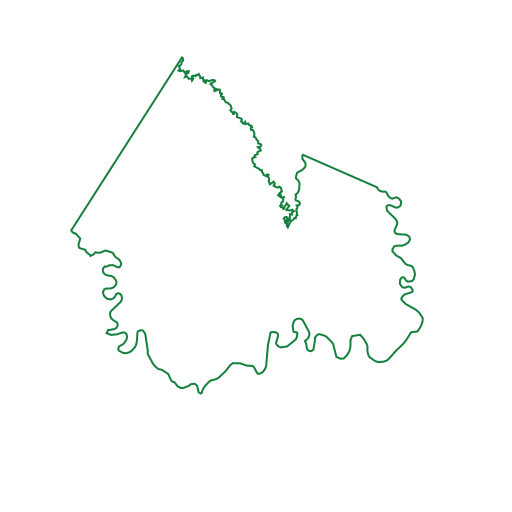 Cabuyaro, Meta, Colombia (Albers equal-area conic projection), rotated 24°
{"feature_id": "7082276B93566761030806", "entity_name": "Cabuyaro", "entity_type": "district", "adm_level": 2, "iso_a3": "COL", "parent_name": "Colombia", "parent_adm1": "Meta", "projection": "albers", "projection_center": [-72.967, 4.313], "detail": "fine", "context": "isolated", "style": "outline", "palette": "green", "viewbox_px": 512, "rotation_deg": 24, "n_neighbors": 0, "source": "geoboundaries", "source_scale": "gbopen_adm2", "svg_char_len": 6154}
<svg xmlns="http://www.w3.org/2000/svg" viewBox="0 0 512 512"><g transform="rotate(24 256 256)"><path d="M76.8,307.8L78.7,308.9L80.7,309.2L81.8,308.7L88.4,311.6L89.1,317.6L90.2,319.5L91.5,320.5L97.4,319.8L99.8,321.6L103.8,322.5L104.7,323.3L106.9,320.8L107.7,318.0L110.2,317.4L112.8,315.9L116.2,312.2L123.6,311.3L127.8,314.0L132.3,314.9L134.3,316.1L135.8,317.6L136.3,319.1L135.8,321.9L134.0,322.6L128.9,322.5L125.3,324.5L124.7,325.6L123.2,326.9L122.2,327.0L121.7,328.1L121.4,330.2L122.0,331.7L123.7,333.5L126.2,334.3L130.3,333.7L132.0,333.0L135.1,333.5L138.1,335.3L139.3,336.7L139.7,339.4L138.8,342.2L137.0,344.4L131.9,347.0L130.9,348.4L130.9,351.2L132.8,353.8L135.3,355.1L137.9,355.6L140.9,354.8L142.7,353.1L143.7,350.6L143.8,347.4L145.4,345.9L148.5,346.2L150.4,348.3L151.2,350.6L150.9,353.2L146.0,365.3L145.8,367.1L147.1,369.9L149.0,371.8L151.3,372.6L156.0,373.2L157.3,374.4L157.9,376.1L157.7,378.5L156.4,380.3L151.8,383.5L151.1,383.5L150.9,387.2L155.6,387.1L160.8,384.1L165.5,379.9L167.1,379.4L169.2,379.8L171.0,381.9L171.7,384.9L170.9,390.0L167.7,394.3L167.8,396.3L168.3,397.6L169.2,398.2L173.7,398.6L176.4,397.9L179.5,395.5L181.0,393.0L182.4,388.9L182.6,385.8L181.5,381.1L178.9,374.5L178.8,372.9L180.8,370.7L182.8,370.1L185.7,371.6L187.3,373.4L195.2,385.8L196.9,389.5L205.5,396.2L208.2,397.6L212.6,399.0L216.2,398.3L223.6,399.4L229.2,404.2L230.7,404.8L232.9,404.5L237.9,407.2L239.3,406.8L240.7,407.3L243.6,405.9L247.6,401.7L248.4,399.8L252.0,397.6L254.9,398.5L258.9,403.8L261.3,404.1L262.1,403.4L261.6,399.4L262.5,394.8L264.4,389.6L265.6,387.9L269.2,385.1L271.2,382.7L274.9,374.0L277.0,365.9L278.4,363.4L285.1,360.5L292.2,359.9L297.5,357.8L299.0,358.1L304.4,362.3L305.8,362.8L307.5,361.8L309.3,359.4L310.2,355.8L310.1,352.6L303.0,332.0L300.5,320.2L301.1,319.2L304.0,317.9L306.3,317.7L307.5,318.2L308.7,320.2L309.7,327.5L311.2,328.7L313.4,329.5L316.0,329.3L321.3,325.9L326.3,315.9L326.3,313.7L325.3,309.8L324.1,309.2L322.4,309.9L320.9,309.8L317.8,304.7L317.2,300.5L317.5,298.8L318.8,297.0L321.1,295.5L323.3,295.2L324.9,295.7L335.3,303.7L336.4,305.2L337.1,308.0L336.8,310.5L335.3,313.9L337.1,315.2L340.3,320.1L342.4,321.1L345.2,320.5L346.5,318.1L343.9,308.2L343.0,306.8L344.0,303.1L345.8,301.6L351.0,300.9L353.2,301.1L360.4,303.9L362.5,305.3L370.5,315.5L374.8,315.5L377.8,314.0L379.4,309.8L380.0,304.7L379.2,300.6L376.6,294.5L376.4,290.1L383.2,285.6L388.0,287.8L392.6,291.1L394.6,293.2L396.6,297.8L398.8,300.6L400.9,302.2L407.1,303.5L411.0,303.2L415.5,300.6L417.6,298.7L419.0,296.5L422.3,286.0L426.3,276.1L427.5,271.5L428.6,263.1L429.1,262.3L434.2,259.3L435.2,253.4L434.9,248.6L433.6,244.9L428.2,241.4L423.9,240.1L412.4,239.0L406.8,236.9L406.1,235.8L406.1,234.1L407.3,230.8L413.0,225.7L413.4,224.4L412.9,223.3L410.4,221.6L408.9,221.5L407.6,221.9L405.0,224.4L402.9,225.0L401.4,224.6L398.6,222.7L397.3,218.7L397.7,216.7L399.2,215.4L400.4,215.5L403.0,217.3L405.2,217.7L408.8,215.4L409.5,213.1L408.9,208.5L406.9,205.4L403.6,202.3L401.8,201.9L398.1,202.6L395.7,202.4L389.3,199.0L383.8,198.5L378.7,196.2L377.9,194.1L378.4,190.9L381.7,188.6L385.2,187.2L387.2,185.3L389.7,181.8L390.0,178.3L388.3,176.1L384.7,175.4L376.3,178.5L373.8,178.4L372.2,176.8L371.9,169.2L370.9,167.2L368.1,165.3L357.6,161.4L356.6,160.4L355.0,157.5L356.0,155.8L358.4,154.9L364.1,155.0L365.8,154.0L367.5,151.6L367.1,148.6L366.0,146.9L363.5,145.5L360.5,145.2L357.2,148.2L355.8,148.4L353.2,147.8L348.8,144.7L347.3,144.8L345.0,145.9L342.2,146.1L339.9,145.2L338.6,144.0L257.7,144.5L257.6,145.6L258.9,148.4L263.2,150.8L264.6,153.4L264.5,155.5L263.1,158.8L259.6,163.2L260.4,167.9L261.0,168.8L264.1,169.9L266.3,171.9L268.5,178.2L268.4,181.4L267.2,184.0L268.4,185.2L269.1,188.6L269.9,189.0L273.1,188.7L274.8,190.1L274.7,191.9L272.6,193.4L273.9,194.3L274.2,195.4L273.8,196.7L275.0,199.0L275.8,199.5L276.2,201.2L277.2,201.9L276.5,203.1L276.9,205.4L275.7,205.6L275.3,207.6L273.5,210.3L273.4,216.9L272.0,216.1L271.6,214.0L270.1,214.2L269.3,213.7L269.4,212.8L271.3,211.7L271.2,210.7L269.7,210.4L268.3,212.6L267.2,211.0L266.1,210.5L266.7,208.7L268.1,207.9L270.0,209.7L271.2,209.9L271.8,209.4L272.1,208.3L270.8,207.5L271.1,206.0L270.0,204.0L272.0,203.5L271.2,201.3L272.5,199.6L270.3,198.9L269.1,200.4L265.1,201.6L264.9,200.7L266.1,196.8L262.6,195.3L262.7,197.1L261.8,199.1L262.5,201.3L261.8,201.9L261.0,200.9L258.6,201.2L257.6,200.3L259.1,199.1L257.7,198.2L257.5,196.5L258.6,195.1L257.8,194.1L257.5,190.9L255.6,192.2L253.3,189.7L253.8,192.0L251.4,191.4L252.0,188.8L253.4,186.6L251.0,183.6L249.1,183.1L248.5,184.4L246.1,185.0L243.4,184.6L243.9,182.4L241.8,180.9L239.6,184.9L237.2,182.3L236.5,180.0L234.6,178.4L234.4,176.7L232.9,177.0L233.1,178.9L229.6,178.7L228.9,177.3L227.5,177.1L226.6,175.2L225.0,175.9L223.9,175.2L217.9,174.7L218.0,172.9L215.2,172.0L212.9,168.9L213.0,168.0L215.1,166.0L213.9,165.6L213.9,164.4L216.1,162.3L215.1,160.9L215.2,160.3L217.4,157.7L217.0,157.0L213.5,155.8L215.7,154.3L215.8,152.6L214.6,151.9L212.2,152.3L211.4,150.3L209.0,149.4L207.3,147.8L205.5,148.0L205.1,145.4L202.9,142.7L201.4,142.1L200.2,142.8L199.4,142.0L199.1,140.7L200.0,139.9L199.0,138.8L196.7,139.3L194.9,138.1L192.7,139.9L191.5,137.9L190.6,140.1L190.0,140.3L189.2,139.5L187.5,139.1L187.8,137.3L186.7,136.5L182.0,136.8L181.3,134.2L180.0,133.4L177.5,133.2L178.0,135.3L177.3,135.6L176.1,134.2L174.9,134.2L173.2,133.3L173.9,131.4L171.2,128.5L169.6,128.3L168.5,127.5L165.9,127.8L162.7,125.7L161.5,126.2L161.4,125.2L162.2,124.7L161.6,123.9L159.3,124.6L158.6,123.2L159.0,121.7L158.2,121.4L157.0,122.0L155.2,118.7L154.3,119.0L151.6,121.6L151.7,119.6L151.0,119.8L150.2,120.9L149.8,119.5L147.9,119.1L146.1,117.7L144.6,117.7L144.5,116.8L147.6,112.9L147.1,112.4L144.7,112.7L142.1,115.3L139.7,115.4L139.4,119.3L138.8,116.2L137.7,116.3L137.5,117.7L137.1,117.9L134.8,114.5L132.8,116.2L131.9,114.8L129.7,113.0L128.9,114.6L127.6,115.0L127.7,116.3L125.2,116.8L124.5,117.6L124.6,118.4L126.5,119.4L126.2,121.9L124.9,120.5L124.0,120.5L122.3,121.5L119.9,120.0L118.4,121.5L118.4,119.5L117.7,118.4L119.7,116.4L119.5,114.5L118.0,115.1L116.1,117.4L114.0,116.1L111.3,118.2L109.9,118.1L110.7,116.1L108.3,113.9L109.8,111.6L109.1,109.1L109.9,107.0L108.5,104.9L107.6,104.7L76.8,307.8Z" fill="none" stroke="#15803d" stroke-width="2"/></g></svg>